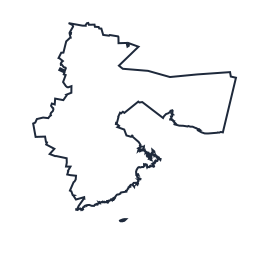 Guaymas, Sonora, Mexico (Natural Earth projection), rotated 284°
{"feature_id": "50627088B1209754794586", "entity_name": "Guaymas", "entity_type": "district", "adm_level": 2, "iso_a3": "MEX", "parent_name": "Mexico", "parent_adm1": "Sonora", "projection": "natural_earth1", "projection_center": [-110.918, 28.074], "detail": "fine", "context": "isolated", "style": "outline", "palette": "slate", "viewbox_px": 256, "rotation_deg": 284, "n_neighbors": 0, "source": "geoboundaries", "source_scale": "gbopen_adm2", "svg_char_len": 5869}
<svg xmlns="http://www.w3.org/2000/svg" viewBox="0 0 256 256"><g transform="rotate(284 128 128)"><path d="M209.4,118.5L210.5,108.1L208.0,108.9L206.8,107.8L210.2,106.1L208.0,98.3L214.0,96.7L214.5,96.2L213.8,87.8L213.0,87.3L212.3,81.4L218.0,78.1L217.6,76.0L218.9,75.1L218.2,71.4L220.2,70.5L218.7,65.1L220.3,64.0L219.7,62.8L217.6,62.0L217.0,62.2L216.3,59.0L215.4,45.0L214.5,49.3L213.1,50.2L206.9,48.4L206.7,49.7L205.7,49.8L205.8,48.7L205.5,48.5L201.8,50.5L201.6,50.0L197.1,47.1L185.5,47.1L184.9,45.0L179.1,43.7L179.0,44.7L177.2,48.6L175.7,47.5L174.2,47.2L173.1,47.6L173.5,48.4L171.5,50.9L171.4,52.8L171.0,53.2L168.3,52.9L169.5,47.8L167.6,47.3L166.5,52.9L164.5,52.7L164.3,54.7L156.9,53.9L153.6,57.6L152.9,59.2L153.0,60.1L154.9,63.0L148.5,64.5L145.6,60.4L145.5,60.8L139.4,58.5L138.9,50.2L133.1,51.2L133.3,48.2L130.9,48.0L129.3,49.9L129.2,50.6L128.0,51.1L126.3,51.0L124.2,49.7L122.7,49.4L121.7,50.2L120.2,49.0L118.3,48.3L117.6,43.1L114.6,37.4L110.8,36.7L109.4,34.9L97.0,40.5L99.6,49.6L94.6,51.8L94.4,52.9L92.2,52.6L90.0,61.6L83.8,58.3L83.1,64.1L83.4,65.1L83.8,75.8L79.5,77.0L75.6,77.2L76.6,81.5L71.8,80.1L71.5,80.5L68.2,80.3L68.3,83.4L69.1,89.1L65.4,89.7L63.3,89.1L62.2,88.3L53.2,86.8L52.9,88.3L49.5,90.6L49.5,92.0L49.1,91.5L46.0,94.8L50.3,102.2L48.9,102.7L48.9,102.3L40.5,99.0L36.9,98.3L36.6,97.4L36.2,97.6L36.4,97.9L36.2,98.7L37.0,99.6L37.5,99.5L38.0,100.3L37.9,101.1L38.3,101.3L38.1,102.0L37.5,102.3L37.9,102.6L37.5,103.1L38.0,103.3L37.8,103.8L38.2,104.1L39.0,103.5L40.3,103.7L41.1,104.9L41.7,104.7L42.3,105.3L42.8,106.2L42.5,106.7L43.3,107.0L44.0,109.1L43.7,111.5L44.2,113.9L45.5,114.4L45.7,115.3L46.5,115.5L46.8,116.0L46.3,116.2L46.3,116.9L47.1,116.9L47.5,117.5L48.2,117.6L48.2,118.4L48.7,117.9L48.6,118.4L49.3,118.5L49.1,119.7L49.8,120.3L49.8,121.2L50.4,121.3L50.1,122.7L50.7,122.9L50.5,124.0L51.1,124.8L50.9,125.3L52.1,125.3L52.2,125.7L51.5,126.2L52.0,126.4L51.5,126.8L53.0,127.4L53.1,127.9L54.4,128.7L54.1,129.5L54.6,129.3L54.6,129.7L55.0,129.7L55.1,130.4L54.5,130.9L54.6,131.3L55.2,131.6L55.6,131.2L55.6,130.6L56.3,130.6L57.0,131.4L56.3,132.0L57.2,132.4L57.8,132.1L60.5,133.3L61.2,134.4L61.2,135.0L62.5,136.5L63.4,136.5L63.8,136.9L65.8,141.7L66.6,141.3L66.9,142.0L69.0,142.5L69.3,143.0L70.6,142.8L71.3,143.4L71.2,144.0L71.6,144.5L72.4,143.8L73.5,144.4L74.0,145.8L73.6,146.8L74.3,146.0L76.1,146.8L76.8,149.1L76.5,149.5L75.4,149.6L75.8,150.0L75.3,150.9L76.5,151.0L77.1,150.2L77.5,150.4L77.4,150.8L78.1,150.5L79.1,151.0L79.9,150.3L80.4,150.8L80.6,150.2L81.2,152.4L81.5,152.4L81.4,151.7L81.8,151.5L82.1,150.1L82.7,149.9L83.0,150.2L82.7,149.6L82.8,148.7L83.9,148.5L84.2,147.5L87.6,146.4L89.6,146.5L92.0,147.3L92.8,148.2L92.6,149.3L93.5,150.9L93.8,152.3L94.8,152.9L96.5,152.4L96.4,152.8L96.7,152.6L97.1,153.5L97.0,155.1L95.2,156.2L94.7,155.9L94.4,156.1L95.0,156.3L95.1,158.0L95.8,158.7L96.4,158.5L96.8,158.8L96.4,159.6L96.9,160.5L96.6,162.3L97.0,162.6L97.7,162.2L99.0,160.1L100.2,161.1L99.8,161.9L100.0,162.3L100.9,162.7L101.4,162.1L102.3,162.9L102.7,162.4L103.1,162.6L102.7,163.6L103.1,164.4L104.4,164.4L105.2,165.5L105.3,166.5L104.9,167.1L105.8,167.1L105.8,165.8L106.9,165.1L107.0,163.5L106.2,163.5L106.2,163.0L107.1,162.4L107.6,162.8L107.9,161.7L107.6,161.1L108.5,160.7L107.8,160.4L108.5,160.2L108.5,159.6L107.9,160.1L107.5,159.8L107.9,158.9L109.3,157.8L108.1,157.8L109.7,157.1L108.3,156.5L105.7,157.7L105.4,157.2L105.6,156.7L106.4,156.7L106.0,156.4L105.6,156.6L105.5,156.1L105.2,156.8L104.5,156.7L105.0,157.2L104.3,157.6L104.1,158.1L103.7,158.0L103.9,157.6L103.6,157.6L102.5,158.5L102.6,157.4L103.8,156.5L103.4,155.8L104.4,155.9L104.9,154.8L104.9,153.6L105.4,153.1L105.7,153.3L105.8,153.1L105.9,152.9L105.9,153.7L106.3,153.0L106.7,153.0L106.9,153.7L107.2,153.5L107.3,153.8L107.2,154.5L108.2,154.4L107.9,152.6L108.7,152.8L108.6,153.8L108.9,153.5L108.7,152.8L109.0,153.0L109.0,152.4L108.7,152.7L109.3,151.2L108.9,151.0L110.2,150.9L109.0,150.7L110.1,150.0L109.6,149.9L109.9,149.1L111.1,148.3L113.5,148.0L113.6,147.8L113.3,147.7L111.6,147.9L111.1,148.2L110.6,146.8L109.6,147.2L109.2,146.0L107.8,145.5L109.4,145.8L109.6,146.3L109.9,145.9L108.9,145.2L109.3,145.1L109.1,144.8L108.1,144.8L109.5,144.6L108.8,144.0L109.2,143.9L108.9,143.7L108.5,143.6L108.2,143.4L108.8,143.4L110.2,144.1L110.7,142.8L113.3,145.6L113.3,144.4L113.7,143.8L114.8,144.1L116.9,141.9L120.9,134.1L122.4,134.2L120.2,133.1L120.4,128.3L125.6,124.7L126.3,117.6L127.9,118.8L128.9,116.8L128.9,115.3L130.2,115.2L130.3,116.0L136.3,116.1L136.5,115.8L140.9,116.6L140.5,117.7L142.5,119.1L141.8,120.8L156.1,131.6L155.5,132.8L156.6,135.6L146.2,159.6L148.0,160.0L150.7,161.5L152.1,163.6L153.8,164.9L155.0,165.1L155.9,166.7L155.5,167.1L155.2,166.8L153.9,167.3L152.6,166.6L152.0,167.2L152.4,167.8L152.0,168.4L151.8,167.9L150.0,168.0L149.6,166.9L147.5,168.1L147.4,167.2L146.6,166.7L146.4,166.1L146.3,166.8L146.9,167.9L147.3,168.0L146.9,168.0L146.8,168.5L147.3,168.5L146.4,168.7L146.4,169.7L145.9,169.8L145.3,170.8L145.8,170.8L145.8,171.1L145.2,171.0L145.1,171.3L145.4,171.4L144.8,171.4L144.3,171.9L144.4,172.3L143.0,174.5L142.8,173.7L143.3,171.4L142.8,172.2L142.7,177.2L143.5,181.0L143.9,185.5L144.5,186.0L144.4,188.3L144.9,190.4L143.8,196.7L144.1,197.1L143.6,198.2L143.2,196.9L143.7,195.9L142.7,196.2L141.6,200.3L141.3,203.7L142.0,206.9L145.0,215.8L145.4,216.2L145.5,217.5L146.6,219.0L146.7,221.1L202.9,220.6L202.8,215.3L206.9,213.5L196.7,182.1L187.6,156.4L188.3,133.6L184.2,108.6L186.3,104.1L209.4,118.5ZM111.2,148.2L113.2,147.7L113.5,147.9L111.2,148.2ZM38.1,145.2L36.7,143.2L36.2,142.6L35.9,142.8L35.7,143.4L36.1,145.1L37.1,146.9L39.1,148.2L38.8,146.8L38.1,145.2ZM112.8,156.9L112.0,157.2L111.1,159.0L110.7,158.5L110.9,159.2L111.7,159.1L112.8,156.9ZM107.5,155.0L107.0,155.1L107.0,155.9L107.7,155.4L107.5,155.0ZM73.1,148.1L73.3,147.3L73.3,147.1L72.5,148.2L73.1,148.1ZM108.5,161.3L109.1,160.2L108.3,161.3L108.5,161.3ZM85.7,148.9L85.7,148.2L85.3,149.2L85.7,148.9Z" fill="none" stroke="#1e293b" stroke-width="2"/></g></svg>